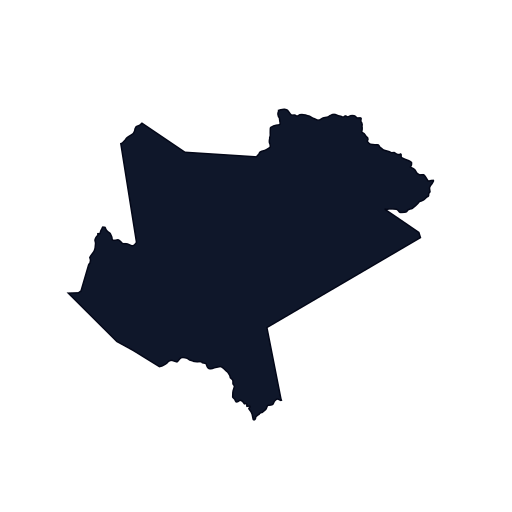 Ojojona, Francisco Morazán, Honduras (Natural Earth projection), rotated 255°
{"feature_id": "27666195B52120095193284", "entity_name": "Ojojona", "entity_type": "district", "adm_level": 2, "iso_a3": "HND", "parent_name": "Honduras", "parent_adm1": "Francisco Morazán", "projection": "natural_earth1", "projection_center": [-87.338, 13.923], "detail": "fine", "context": "isolated", "style": "filled", "palette": "ink", "viewbox_px": 512, "rotation_deg": 255, "n_neighbors": 0, "source": "geoboundaries", "source_scale": "gbopen_adm2", "svg_char_len": 6139}
<svg xmlns="http://www.w3.org/2000/svg" viewBox="0 0 512 512"><g transform="rotate(255 256 256)"><path d="M268.7,65.1L209.4,99.5L196.5,113.0L174.1,134.1L174.1,135.3L174.1,136.8L174.6,139.0L175.0,140.5L175.5,141.9L176.1,143.0L176.7,143.8L176.9,144.3L177.1,145.3L177.2,146.3L177.1,147.2L176.7,148.2L174.4,151.8L174.2,152.2L174.2,152.4L174.6,153.2L176.3,155.6L176.8,156.6L177.0,157.2L177.1,157.7L176.9,159.1L176.2,160.9L175.0,163.1L172.7,165.0L171.2,167.5L170.3,168.6L169.0,171.9L168.6,174.1L168.2,175.2L167.9,175.8L167.6,176.2L167.4,176.3L167.0,176.4L166.8,176.5L165.3,179.5L165.0,179.8L164.7,179.9L161.8,180.2L160.8,180.5L159.9,181.0L159.5,181.4L159.2,181.8L158.8,183.0L158.6,184.6L158.7,185.5L158.8,186.6L158.8,187.6L158.5,192.5L158.4,193.0L158.2,193.4L157.5,194.3L155.7,195.7L152.5,197.6L151.2,198.6L147.7,199.7L146.1,199.8L145.1,199.7L142.9,201.1L142.1,201.4L140.9,201.3L139.1,200.8L138.6,200.7L137.8,200.8L137.1,201.2L136.6,201.3L135.9,201.4L135.4,201.3L131.7,199.0L130.1,198.3L126.6,197.2L125.9,197.0L125.3,197.1L122.9,198.5L122.0,198.5L121.2,198.7L120.6,198.9L120.2,199.1L120.1,199.3L120.0,199.8L120.1,201.0L120.3,201.7L120.7,202.6L120.7,202.9L120.6,203.6L120.2,204.3L119.8,204.7L118.0,205.9L117.0,206.2L116.3,206.5L116.1,206.8L116.2,207.3L116.1,207.8L115.8,208.4L115.6,208.6L115.1,208.8L114.0,208.4L113.3,208.3L113.1,208.4L113.0,209.0L112.8,210.6L112.6,211.1L112.3,211.4L112.0,211.4L111.7,211.3L110.8,209.8L110.5,209.6L110.3,209.6L109.6,209.8L107.1,210.8L105.7,211.1L104.0,211.3L99.1,211.0L98.7,211.1L98.4,211.4L98.2,211.7L98.2,212.1L98.4,212.6L98.9,213.2L99.8,213.8L100.6,214.0L101.0,214.7L101.8,216.4L102.4,218.2L102.9,218.6L103.1,219.1L103.4,220.2L103.3,221.1L103.3,221.5L105.1,225.4L105.8,226.3L108.1,228.0L108.5,228.4L108.6,229.4L108.3,230.9L108.2,232.2L108.2,233.0L108.3,233.5L108.5,234.0L108.9,234.4L111.0,236.2L112.0,238.0L112.3,238.8L112.3,239.6L112.0,240.3L111.7,240.7L110.9,241.6L110.2,242.3L110.1,242.6L110.1,243.2L111.5,243.1L184.1,248.0L231.2,419.6L236.6,419.4L268.1,392.3L267.3,394.1L267.1,395.4L267.0,397.0L266.1,400.2L265.0,403.2L264.7,404.0L263.6,404.9L261.4,405.9L260.7,406.6L260.2,408.7L259.8,410.9L259.7,412.2L259.9,413.0L261.2,414.8L261.3,415.6L261.5,416.9L261.4,418.0L261.5,419.3L261.9,420.1L263.3,423.2L264.9,426.0L266.2,427.8L266.3,428.3L266.3,429.5L266.5,430.8L266.8,432.4L267.5,433.9L268.6,435.9L268.8,436.5L269.0,437.5L269.2,437.9L269.6,438.3L271.9,439.1L272.0,439.3L272.4,440.1L273.1,440.7L276.4,441.1L277.4,441.5L278.8,442.7L280.2,444.6L281.7,446.1L282.5,446.8L282.8,446.9L283.1,446.9L283.3,446.7L283.3,446.0L283.6,444.9L283.6,443.0L283.7,442.2L283.9,441.9L284.2,441.6L284.7,441.4L288.9,440.1L290.1,439.6L290.8,439.2L291.1,438.9L291.3,438.4L291.8,436.1L292.1,435.0L292.8,434.2L294.0,433.2L294.8,432.7L297.8,431.9L298.5,431.5L299.6,430.7L301.2,428.9L302.0,428.2L302.4,428.4L303.4,429.5L303.9,429.8L305.4,430.3L306.0,430.4L306.4,430.2L307.2,429.6L308.5,428.3L311.1,424.7L312.7,422.8L313.4,422.1L313.8,421.9L314.3,421.9L316.4,422.4L317.0,422.2L317.2,421.8L316.9,421.3L316.8,420.8L317.1,419.9L317.9,418.3L320.1,416.4L320.3,415.8L320.6,413.7L320.8,413.4L322.4,411.6L324.6,407.9L325.3,406.8L325.7,406.3L327.9,404.8L328.7,404.0L331.1,403.2L331.7,402.8L332.2,401.6L332.6,399.8L333.1,398.6L334.1,396.0L334.7,395.0L335.6,394.3L336.9,393.6L338.0,393.2L338.3,393.3L338.9,393.8L339.6,394.3L340.6,394.4L341.4,394.4L341.9,394.1L342.5,393.6L342.9,393.4L344.1,392.9L344.8,392.7L346.2,392.1L347.5,390.9L348.2,390.4L348.7,390.3L349.2,390.4L350.1,391.0L351.1,391.4L352.6,391.8L353.7,391.9L355.6,392.6L357.3,392.6L357.6,392.5L358.3,392.2L359.0,392.2L359.9,392.4L361.4,393.1L361.8,393.1L362.2,392.9L362.5,392.3L363.0,390.0L363.3,389.2L365.3,388.0L365.8,387.5L366.2,386.8L366.7,385.5L367.0,384.0L366.9,382.9L366.6,381.4L366.6,380.7L366.7,380.4L367.0,380.0L367.5,379.4L368.0,379.1L368.1,378.9L368.1,377.8L367.6,376.8L367.6,376.3L367.6,376.0L368.0,375.3L368.9,374.3L370.2,371.8L372.1,369.3L372.6,368.1L372.8,367.0L372.9,366.2L372.6,365.2L372.4,363.8L372.3,363.3L371.9,362.4L371.7,361.5L371.7,360.5L371.9,358.5L372.0,356.6L371.8,355.6L370.9,352.6L371.0,351.9L371.2,351.0L371.6,350.2L373.5,348.0L374.5,346.5L377.2,343.9L378.6,341.4L379.3,340.5L380.4,337.8L380.7,337.2L381.0,335.8L381.1,334.7L381.0,334.2L380.7,333.6L380.6,333.2L380.5,332.4L380.5,331.8L380.7,331.5L381.0,331.1L381.3,330.8L381.8,330.4L382.2,329.8L382.8,326.9L383.4,326.4L384.7,325.7L386.9,324.9L388.5,324.2L389.1,323.7L389.7,322.8L390.4,321.5L390.6,320.4L390.9,317.3L390.8,315.5L390.2,315.6L389.7,315.2L389.3,314.7L387.5,313.9L386.0,313.8L384.7,313.8L384.4,313.9L383.8,314.3L383.1,314.3L380.1,313.9L378.5,313.8L377.6,313.6L377.0,313.1L376.7,312.3L377.1,309.5L377.1,306.7L377.0,306.2L376.8,305.5L376.4,303.6L376.1,303.2L375.3,302.8L374.0,302.4L372.6,302.0L371.2,301.6L369.1,301.1L368.1,300.7L366.9,299.9L365.8,299.6L364.4,298.9L363.1,298.5L362.1,298.3L359.8,298.5L358.3,298.2L357.6,297.9L357.4,297.6L356.8,296.2L356.0,293.4L355.7,291.7L355.7,288.6L355.5,287.5L355.3,286.8L355.0,286.2L354.3,285.9L354.0,285.5L352.4,283.2L351.7,281.9L374.6,214.2L413.8,180.2L412.4,177.5L412.1,174.6L411.9,173.7L411.2,173.0L410.2,172.1L409.6,171.8L408.5,171.3L407.6,170.6L406.7,169.8L406.0,169.0L405.4,167.4L404.3,163.7L403.7,162.1L403.0,160.9L402.2,160.2L399.8,156.3L399.6,155.6L399.5,154.5L300.0,144.1L298.7,142.3L298.0,141.2L297.8,139.9L297.9,138.9L298.5,138.0L300.5,135.5L301.1,134.6L301.6,133.3L302.1,131.4L302.6,130.3L303.0,130.0L304.6,129.2L306.3,128.1L306.8,127.6L307.2,127.2L307.3,126.9L307.5,126.3L307.5,124.8L307.8,123.2L308.1,122.2L308.4,121.8L308.7,121.5L309.1,121.4L309.8,121.4L311.2,121.6L311.9,121.6L315.0,121.1L315.7,120.9L317.8,119.2L319.2,118.4L320.2,118.0L321.1,117.8L321.9,117.8L322.8,117.5L323.5,115.8L323.6,115.4L323.1,114.9L321.8,113.9L320.9,112.9L318.6,111.4L318.0,110.9L317.9,110.6L318.5,109.3L318.4,108.9L318.0,108.8L317.4,108.9L317.0,108.7L316.5,108.2L316.5,107.8L315.4,106.3L314.1,105.2L313.5,104.8L312.8,104.5L310.4,104.4L309.5,104.2L305.5,102.7L304.2,102.0L303.2,101.3L302.3,100.6L298.9,96.4L297.6,95.1L294.9,95.1L292.7,94.1L292.0,93.6L291.4,92.6L290.7,92.0L267.5,77.9L266.4,74.9L268.7,65.1Z" fill="#0f172a" stroke="#020617" stroke-width="1.5"/></g></svg>